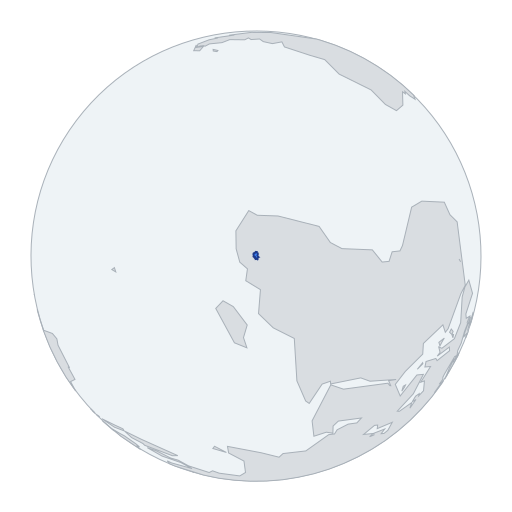 globe centered on Gauteng, rotated 127°
{"feature_id": "ZAF-1208", "entity_name": "Gauteng", "entity_type": "Province", "adm_level": 1, "iso_a3": "ZAF", "parent_name": "South Africa", "parent_adm1": "", "projection": "orthographic", "projection_center": [28.225, -26.009], "detail": "fine", "context": "on_globe", "style": "filled", "palette": "blue", "viewbox_px": 512, "rotation_deg": 127, "n_neighbors": 0, "source": "natural_earth", "source_scale": "10m", "svg_char_len": 6292}
<svg xmlns="http://www.w3.org/2000/svg" viewBox="0 0 512 512"><g transform="rotate(127 256 256)"><circle cx="256" cy="256" r="225" fill="#eef3f6" stroke="#a8b0b8"/><path d="M32.8,225.8L32.7,227.0L35.1,223.3L35.6,229.7L34.9,236.2L36.6,234.3L36.7,237.8L47.1,229.5L55.4,231.3L57.1,243.9L54.1,264.0L60.7,299.1L57.8,319.3L63.3,333.8L71.9,359.1L69.4,364.2L76.5,370.7L80.4,379.2L80.5,383.7L86.1,390.2L86.4,393.3L90.1,395.1L99.0,407.2L106.1,411.6L114.6,420.8L119.2,423.0L119.4,424.3L121.8,426.9L124.8,428.8L121.7,429.9L111.6,423.6L105.7,418.4L105.9,419.5L92.6,406.3L95.8,410.3L80.3,394.4L68.5,378.5L46.2,338.0L44.8,334.3L39.8,319.4L35.9,304.1L33.1,288.6L31.4,273.0L30.7,257.2L31.2,241.5L32.8,225.8ZM129.5,429.3L123.3,430.7L125.6,429.4L120.3,424.1L126.0,424.5L129.5,429.3ZM116.8,414.6L114.8,410.1L116.3,410.2L118.0,413.5L116.8,414.6ZM240.8,31.2L237.4,31.5L235.2,31.8L237.6,31.9L229.1,34.1L222.3,35.3L220.9,33.8L211.0,35.7L214.2,34.6L214.5,34.6L240.8,31.2ZM462.7,166.4L463.1,167.7L472.5,194.1L473.9,199.9L473.0,203.6L472.1,199.0L464.3,179.2L466.2,191.7L472.3,210.6L474.5,227.5L471.4,217.7L468.7,202.6L465.9,195.3L464.2,183.6L457.1,163.1L453.7,161.4L451.6,154.7L441.4,136.6L435.2,134.1L427.0,142.2L429.8,159.3L425.2,164.2L410.0,133.4L402.8,116.5L397.5,115.5L381.7,98.9L354.9,90.4L350.9,86.2L345.9,86.6L334.8,81.2L328.6,75.0L321.9,74.3L338.3,90.9L345.4,92.1L351.2,88.0L354.4,93.8L365.1,101.3L353.9,112.0L313.9,118.7L309.7,106.0L278.2,74.1L279.0,71.2L278.9,70.9L278.5,70.3L275.8,75.0L270.3,69.8L287.4,89.6L290.3,99.0L313.3,119.4L311.2,121.2L318.5,126.1L341.7,124.8L341.9,129.1L331.1,148.2L298.8,175.8L303.0,199.0L300.5,219.3L280.2,232.2L281.9,249.3L271.4,255.1L270.7,265.2L262.2,276.2L248.0,287.2L224.1,289.1L222.7,279.5L210.8,262.5L194.4,223.4L200.5,204.7L198.4,191.8L181.1,166.8L184.9,151.6L180.2,146.5L170.7,149.8L165.3,144.1L159.5,145.3L123.3,161.1L112.4,156.6L99.7,138.0L106.3,126.0L107.7,115.9L153.4,71.3L162.8,69.7L198.5,58.8L203.0,58.9L198.5,65.3L225.1,69.7L234.0,63.8L258.3,67.3L274.7,67.5L281.0,56.6L254.2,55.9L249.8,51.1L271.4,47.4L294.9,49.8L293.9,48.1L279.3,43.4L284.9,41.5L274.3,41.9L278.4,43.5L271.9,44.2L267.7,42.8L269.8,41.9L262.8,41.1L254.4,46.3L257.7,48.5L239.2,50.1L243.0,54.3L237.9,56.7L229.6,50.7L230.6,48.4L215.1,44.4L212.4,46.8L226.9,51.0L222.2,51.0L218.7,55.3L217.8,52.0L202.7,47.8L186.1,52.4L164.6,66.7L155.1,70.5L147.2,71.5L155.5,60.6L176.0,53.5L179.2,50.6L175.4,49.1L181.9,47.4L182.9,46.3L190.7,44.1L202.0,39.7L210.0,38.0L214.8,35.5L219.5,34.5L215.3,36.1L216.7,36.8L236.5,34.5L240.4,33.8L242.0,32.6L247.2,32.5L246.2,31.7L257.8,31.3L242.8,31.4L244.2,31.0L246.7,30.9L262.7,30.8L278.6,31.9L294.4,34.0L310.0,37.3L325.3,41.6L340.3,47.1L354.8,53.6L368.9,61.1L382.4,69.5L395.3,78.9L407.4,89.2L418.9,100.3L429.5,112.3L439.2,124.9L448.0,138.2L455.9,152.0L462.7,166.4ZM137.5,89.1L136.2,92.0L137.5,89.1ZM319.9,59.4L333.8,62.7L327.2,55.6L332.0,56.5L327.9,54.1L326.6,55.2L316.7,49.1L322.6,49.1L320.7,47.0L315.9,45.8L306.8,47.1L320.9,55.3L317.8,57.1L319.9,59.4ZM180.7,44.1L183.2,43.5L180.0,45.0L169.9,48.9L174.4,46.5L180.7,44.1ZM187.4,42.5L188.9,41.0L195.2,39.2L191.4,40.3L195.5,39.2L190.4,41.0L195.0,41.4L192.5,42.9L175.3,48.1L182.3,45.3L179.4,45.7L187.4,42.5ZM208.2,56.2L211.6,55.9L217.1,55.0L214.9,58.0L208.2,56.2ZM197.6,53.2L200.8,52.3L200.4,55.5L196.8,56.1L197.6,53.2ZM202.8,49.5L201.0,52.1L199.8,51.0L202.8,49.5ZM218.3,35.5L221.7,34.9L221.9,35.2L219.9,35.9L218.3,35.5ZM276.2,58.2L271.4,60.0L269.0,59.0L271.1,58.5L276.2,58.2ZM241.6,57.9L249.4,59.0L240.9,58.7L241.6,57.9ZM353.1,358.4L353.6,363.0L350.5,362.1L353.1,358.4ZM338.3,221.0L322.1,256.6L311.6,255.4L310.1,243.6L316.4,221.5L328.7,216.9L334.8,208.0L338.3,221.0ZM478.1,290.9L477.7,295.4L477.5,296.2L478.1,290.9ZM478.8,283.8L478.7,288.2L478.4,285.3L478.8,283.8ZM478.1,293.8L478.5,289.9L478.3,292.2L478.3,292.3L478.1,293.8ZM478.7,281.2L475.9,266.5L474.1,258.3L475.0,256.1L477.9,266.0L478.7,281.2ZM474.9,255.5L471.4,237.3L462.5,198.3L465.8,202.6L474.2,231.1L473.8,233.3L475.9,246.1L474.9,255.5ZM481.3,255.6L481.1,258.4L480.6,266.6L479.6,257.7L478.8,252.6L478.3,238.6L478.6,234.2L479.5,237.3L480.0,231.7L481.3,255.6ZM430.7,161.4L435.7,174.6L432.9,174.6L430.7,161.4ZM466.7,176.4L466.7,176.2L466.2,175.1L466.7,176.4ZM420.0,410.4L420.3,410.1L420.0,410.4ZM430.6,398.3L430.3,398.6L432.6,395.9L430.6,398.3ZM433.4,394.8L432.0,396.5L438.4,388.1L443.1,380.9L440.4,372.0L442.0,365.2L446.4,360.4L457.5,337.6L457.5,339.5L463.5,326.3L467.9,328.5L472.4,318.7L467.0,335.0L460.3,350.9L452.5,366.2L443.5,380.9L433.4,394.8ZM480.3,276.9L480.1,279.3L480.2,276.9L481.0,266.8L481.1,264.0L480.3,276.9Z" fill="#d9dde1" stroke="#a8b0b8" stroke-width="1"/><path d="M253.7,258.9L253.8,258.7L253.7,258.7L253.4,258.5L253.3,258.4L253.2,258.5L253.0,258.4L252.9,258.3L252.6,258.5L252.5,258.2L252.3,258.2L252.2,258.0L252.4,258.0L252.5,258.0L252.5,257.8L252.5,257.7L252.4,257.5L252.5,257.4L252.8,257.1L252.7,256.5L252.9,256.6L253.0,256.5L253.1,256.4L253.2,256.0L253.3,255.5L253.5,255.4L253.8,255.2L254.0,255.4L254.2,255.5L254.5,255.4L254.8,255.4L255.0,255.2L255.1,254.9L255.0,254.6L255.1,254.4L255.1,254.2L255.4,254.2L255.2,254.1L255.2,253.9L255.3,253.9L255.2,253.7L255.2,253.4L255.4,253.6L255.6,253.5L255.8,253.5L255.8,253.3L256.0,253.4L256.5,253.3L256.9,253.2L257.0,253.1L257.3,253.1L257.5,253.1L257.6,252.9L257.4,252.8L257.4,252.7L257.7,252.5L257.9,252.5L258.0,252.9L257.9,252.9L257.8,253.1L257.4,253.3L257.5,253.6L257.4,253.7L257.4,253.9L257.4,254.1L257.5,254.4L257.6,254.6L257.8,254.5L257.9,254.8L258.1,254.8L258.1,254.7L258.2,254.3L258.1,254.2L258.3,254.1L258.5,254.2L258.6,254.4L258.8,254.3L258.7,254.2L258.9,254.1L259.0,254.0L258.9,254.2L258.9,254.5L258.7,254.7L258.6,254.8L258.6,255.0L258.5,255.3L258.5,255.5L258.4,255.5L258.3,255.9L258.3,256.0L258.0,256.0L257.9,255.9L257.7,255.9L257.4,255.9L257.3,256.0L257.1,256.2L257.0,256.3L257.0,256.5L257.1,256.8L257.4,256.9L257.4,257.1L257.6,257.2L257.7,257.3L258.1,257.2L258.1,257.3L258.2,257.5L257.9,258.0L257.5,258.0L257.4,258.1L257.1,257.9L257.1,258.2L257.0,258.3L256.9,258.4L256.8,258.5L256.6,258.6L256.6,258.8L256.5,259.0L256.4,259.1L256.3,259.3L256.1,259.5L255.9,259.5L255.8,259.4L255.7,259.4L255.5,259.2L255.4,259.2L255.2,258.9L255.2,258.7L254.9,258.6L254.9,258.8L254.7,258.8L254.4,258.9L254.4,259.0L254.3,258.9L254.0,259.0L253.9,258.9L253.7,258.9Z" fill="#3b82f6" stroke="#1e3a8a" stroke-width="1.5"/></g></svg>